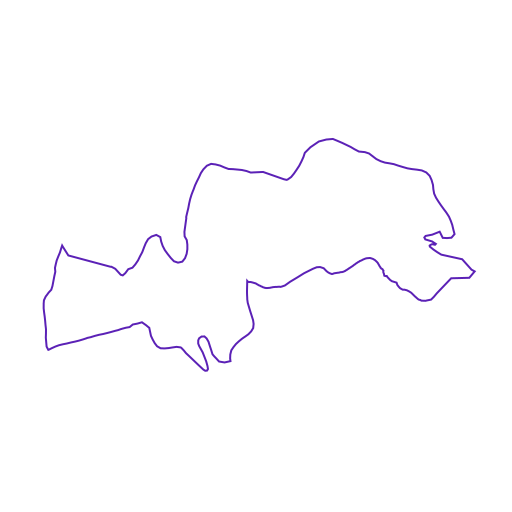 Kuhlan Afar, Hajjah, Yemen (Mercator projection), rotated 85°
{"feature_id": "15242507B42632084566957", "entity_name": "Kuhlan Afar", "entity_type": "district", "adm_level": 2, "iso_a3": "YEM", "parent_name": "Yemen", "parent_adm1": "Hajjah", "projection": "mercator", "projection_center": [43.707, 15.758], "detail": "fine", "context": "isolated", "style": "outline", "palette": "violet", "viewbox_px": 512, "rotation_deg": 85, "n_neighbors": 0, "source": "geoboundaries", "source_scale": "gbopen_adm2", "svg_char_len": 6046}
<svg xmlns="http://www.w3.org/2000/svg" viewBox="0 0 512 512"><g transform="rotate(85 256 256)"><path d="M150.4,161.1L148.4,164.8L146.1,169.2L146.1,175.8L147.4,183.4L152.4,192.3L157.4,198.3L158.2,198.7L161.5,200.1L165.6,202.4L169.9,205.1L173.7,208.1L174.8,209.0L177.2,211.0L180.4,214.1L182.6,217.9L182.8,219.0L181.9,221.7L172.9,241.6L172.4,254.0L171.1,256.8L170.5,258.1L169.4,261.6L169.1,262.5L168.3,266.8L167.5,271.2L166.9,275.8L165.0,279.8L162.8,283.9L161.2,288.5L160.9,290.0L160.3,292.7L161.8,297.1L165.1,300.9L168.6,303.7L172.7,306.0L176.4,308.3L180.2,310.5L184.7,312.6L185.4,313.0L188.9,314.7L189.3,314.9L193.5,316.6L197.8,318.0L202.5,319.3L206.9,320.8L211.2,322.2L212.1,322.1L225.7,325.2L230.2,325.4L234.1,323.6L238.7,323.4L243.3,323.8L247.8,324.9L252.0,326.9L255.2,329.9L255.6,332.6L255.8,334.3L254.1,338.2L250.6,341.0L246.2,343.9L242.2,346.3L237.8,348.1L233.3,349.2L228.8,349.7L226.5,353.2L226.3,353.5L227.5,358.4L229.8,362.0L233.6,364.7L237.5,366.7L241.9,368.8L242.9,369.4L246.1,371.5L250.1,373.9L253.9,377.0L256.9,380.1L258.0,384.4L261.7,387.7L263.7,390.4L262.9,392.4L256.5,397.3L255.5,398.8L254.1,401.0L254.0,402.0L239.1,442.9L230.0,447.6L228.7,448.2L231.7,449.5L235.4,451.0L239.0,452.9L243.0,454.9L246.5,456.1L250.3,457.3L254.2,457.3L258.3,458.6L268.2,461.4L271.8,462.9L274.3,465.7L276.6,467.7L278.0,469.0L281.6,471.1L285.1,471.7L285.4,471.7L289.6,472.1L293.8,472.0L297.9,471.8L302.1,471.7L306.3,471.7L310.7,471.6L314.9,472.0L319.0,472.5L323.4,472.5L327.3,472.5L328.0,472.5L331.4,471.1L331.4,470.9L330.0,467.4L328.7,463.7L327.7,460.0L327.1,456.0L326.7,452.2L326.0,447.8L325.5,443.7L324.9,439.9L324.0,435.5L323.2,432.1L322.9,431.2L322.4,427.3L322.3,427.1L321.5,423.3L320.8,419.1L320.4,415.2L319.8,411.3L319.1,407.2L318.4,403.5L318.3,403.0L317.8,399.8L317.0,396.8L317.0,396.5L316.8,395.8L316.1,391.8L315.8,388.1L313.5,384.7L313.0,380.0L312.1,375.4L315.4,371.5L317.5,369.4L318.2,368.6L322.3,368.1L326.4,367.6L330.2,366.2L334.0,364.5L337.3,362.4L339.6,359.1L340.1,355.1L340.1,351.0L339.8,346.9L339.6,343.0L340.5,339.0L341.1,338.3L343.6,336.3L346.7,334.2L349.7,331.5L353.1,328.5L356.2,325.8L359.6,322.8L364.5,318.4L365.9,316.6L365.9,314.8L365.7,314.6L364.4,313.7L361.5,313.9L356.6,314.8L347.4,317.5L340.9,320.4L338.2,321.2L335.0,320.9L333.5,320.1L333.0,319.8L331.5,317.3L331.6,315.8L331.6,314.4L333.8,312.4L337.2,310.8L342.6,309.6L345.5,308.9L350.1,307.9L351.4,307.0L352.5,306.2L354.6,304.5L357.9,302.0L359.3,296.6L358.5,290.6L355.8,290.7L351.9,290.2L347.8,288.8L344.7,286.3L342.0,283.7L341.6,283.2L339.5,280.5L337.3,277.3L336.3,275.6L335.2,273.6L333.3,270.4L330.7,267.4L327.6,265.1L323.5,264.3L321.4,264.4L319.7,264.5L315.2,265.5L310.3,266.6L306.4,267.4L302.0,268.3L298.2,268.5L297.4,268.4L294.3,268.3L292.4,268.2L289.9,268.0L280.1,266.9L280.8,266.4L281.2,265.7L281.4,264.6L281.4,263.8L281.6,263.3L281.7,262.7L281.9,262.4L282.1,261.6L282.3,261.3L282.5,260.6L282.8,260.1L282.9,259.5L283.2,259.0L283.3,258.6L283.6,258.2L283.9,257.9L284.1,257.5L284.4,257.2L284.6,256.8L285.1,256.2L285.4,255.8L285.5,255.5L285.7,255.1L286.0,254.6L286.2,254.2L286.6,253.7L286.8,253.4L287.0,252.8L287.3,252.4L287.7,251.8L288.0,251.1L288.1,250.7L288.4,250.2L288.5,249.9L288.6,249.3L288.8,248.9L288.8,248.4L288.9,247.8L288.9,247.3L288.9,246.7L288.9,246.2L288.9,245.4L288.9,244.7L288.7,243.8L288.7,243.1L288.6,242.5L288.5,241.9L288.5,241.4L288.5,240.5L288.5,240.2L288.5,239.5L288.5,239.0L288.6,238.4L288.6,237.7L288.6,237.1L288.6,236.7L288.6,236.1L288.6,235.7L288.7,235.0L288.9,234.5L288.9,234.3L288.7,233.0L287.9,229.8L284.6,224.2L280.8,216.4L277.5,209.9L277.4,209.7L276.7,208.0L275.6,205.2L273.7,200.4L272.5,196.5L272.6,193.1L274.1,189.6L277.2,187.1L278.5,185.7L279.6,184.1L280.6,181.9L280.4,180.8L280.1,179.9L280.0,179.1L279.8,175.8L279.8,175.3L279.8,174.7L279.7,174.3L279.6,173.9L279.5,173.2L279.5,172.4L279.5,171.5L279.4,171.0L279.3,170.4L279.1,169.7L278.9,169.3L278.7,168.8L278.6,168.3L278.3,168.0L277.9,167.1L277.8,166.8L277.6,166.5L277.2,165.8L276.8,165.0L276.6,164.6L276.3,164.3L276.1,163.7L275.8,163.2L275.5,162.6L275.2,162.1L274.8,161.3L274.5,160.8L274.2,160.2L273.8,159.7L273.3,158.9L273.1,158.5L273.0,158.2L272.4,157.4L272.2,157.0L272.0,156.7L271.7,156.1L271.5,155.7L271.2,155.2L270.9,154.7L270.7,154.0L270.5,153.7L270.3,153.3L270.0,152.9L270.0,152.6L269.8,152.0L269.5,151.1L269.2,150.4L269.0,150.1L268.9,149.8L268.8,149.3L268.5,148.6L268.4,148.1L268.1,147.3L268.0,146.5L267.9,146.2L267.9,145.3L267.9,144.5L267.9,144.0L267.9,143.3L267.9,142.9L268.0,142.3L268.3,141.7L268.4,141.3L268.7,140.7L268.9,140.2L269.2,139.6L269.4,139.3L269.7,138.9L269.8,138.8L270.2,138.2L270.5,137.8L271.1,137.3L271.4,137.0L271.7,136.7L272.2,136.3L272.5,136.0L273.0,135.7L273.4,135.3L273.8,135.2L274.4,134.9L275.2,134.5L275.5,134.4L276.0,134.1L276.4,134.0L277.0,133.7L278.0,133.1L278.5,133.0L278.9,132.6L279.5,132.2L279.7,131.7L280.0,131.4L280.2,131.1L280.8,130.9L281.7,130.3L282.8,130.6L283.7,130.5L284.8,130.1L286.8,129.9L287.3,128.8L287.3,127.5L288.6,126.8L290.1,125.6L291.5,124.5L292.7,123.1L292.9,122.9L294.3,119.5L294.8,118.3L297.2,117.7L299.2,116.4L300.6,115.3L301.6,113.9L302.3,112.8L302.5,111.0L303.3,108.7L304.6,106.6L306.1,104.6L307.5,103.4L310.1,101.2L311.1,100.2L312.1,99.3L313.2,98.2L313.8,97.3L314.1,96.2L314.9,95.1L315.4,91.0L315.2,89.8L314.7,85.4L312.2,82.4L308.9,79.1L295.2,63.5L295.7,55.5L296.3,45.4L296.2,45.3L296.0,45.1L290.4,39.5L288.4,42.5L277.2,50.9L270.8,71.3L267.9,75.2L265.0,78.7L261.8,82.0L260.7,82.1L259.9,80.6L259.6,79.5L260.4,76.7L259.6,75.8L257.6,78.4L256.9,79.2L254.2,85.9L252.2,86.7L250.8,85.3L250.1,78.6L247.8,70.9L254.2,68.4L254.8,64.1L254.8,59.7L251.5,56.3L246.9,57.1L242.1,57.8L237.9,58.9L233.7,60.3L229.7,62.4L228.5,63.1L225.8,64.8L221.8,67.2L217.7,69.5L213.6,71.6L209.4,73.1L204.9,73.5L200.6,73.5L195.5,74.5L191.3,76.0L187.6,79.1L186.2,81.6L185.2,83.4L184.0,88.2L183.0,93.1L181.9,97.4L180.1,102.1L178.3,106.6L176.5,110.7L175.3,115.0L174.2,119.4L172.4,123.6L169.9,127.7L164.5,133.6L163.7,134.5L162.0,138.5L160.9,144.4L158.2,148.6L155.6,152.2L153.3,156.1L150.7,160.5L150.4,161.1Z" fill="none" stroke="#5b21b6" stroke-width="2"/></g></svg>